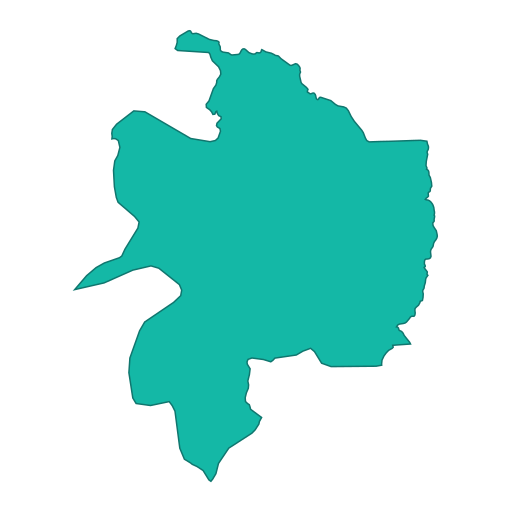 the Province of Razavi Khorasan
{"feature_id": "IRN-3245", "entity_name": "Razavi Khorasan", "entity_type": "Province", "adm_level": 1, "iso_a3": "IRN", "parent_name": "Iran", "parent_adm1": "", "projection": "albers", "projection_center": [59.461, 35.325], "detail": "fine", "context": "isolated", "style": "filled", "palette": "teal", "viewbox_px": 512, "rotation_deg": 0, "n_neighbors": 0, "source": "natural_earth", "source_scale": "10m", "svg_char_len": 4949}
<svg xmlns="http://www.w3.org/2000/svg" viewBox="0 0 512 512"><path d="M188.3,30.9L188.6,31.0L189.7,30.7L190.3,30.9L190.8,31.4L191.4,32.7L191.8,33.2L192.8,33.7L193.9,33.6L195.1,33.4L196.2,33.3L198.6,34.0L209.3,39.4L213.9,40.5L216.2,40.7L217.3,41.0L218.5,41.6L219.0,42.2L219.0,42.8L218.8,43.4L218.9,44.1L219.9,46.1L220.2,46.8L220.3,48.4L220.3,49.6L220.6,50.6L221.8,51.6L223.0,52.1L228.4,52.9L229.2,53.4L231.0,54.7L232.0,55.0L238.3,54.4L239.5,53.8L240.4,52.4L241.1,50.9L241.9,49.7L243.0,48.9L244.4,48.9L245.5,49.5L248.9,52.6L251.9,53.8L253.5,54.1L255.0,53.9L255.6,53.6L256.1,53.0L256.6,52.6L257.4,52.6L258.8,52.9L259.5,52.9L260.3,52.6L261.2,51.5L261.4,50.2L261.8,49.6L265.9,51.9L271.3,53.2L274.0,54.5L275.0,55.2L275.9,55.5L277.9,55.8L278.6,56.2L280.9,58.6L290.1,65.3L291.6,65.4L295.5,63.7L297.1,64.1L298.5,65.4L299.8,67.3L300.1,68.4L299.9,70.4L300.3,71.3L300.5,72.1L300.2,72.8L299.8,73.7L299.6,74.7L299.7,76.5L301.1,82.5L301.9,83.7L306.3,87.3L307.6,88.8L308.0,89.4L307.9,89.8L307.6,90.1L307.5,90.4L307.5,90.9L307.3,91.7L307.5,92.3L308.6,92.6L309.0,93.1L309.6,93.5L310.2,93.8L310.8,93.8L313.0,93.0L314.0,93.1L315.2,94.4L315.7,95.8L316.0,97.4L316.5,98.9L317.4,99.6L318.1,99.5L318.6,98.9L319.4,97.6L320.0,97.3L320.8,97.3L330.8,100.6L335.4,104.4L338.0,105.9L343.7,106.9L346.3,108.1L348.4,110.8L351.1,116.4L354.3,121.3L361.8,130.3L363.3,132.7L365.4,138.1L366.8,140.6L369.2,141.9L380.3,141.5L390.1,141.3L405.1,140.8L413.4,140.5L420.5,140.3L424.0,140.8L426.9,141.2L427.5,144.1L428.1,145.5L428.4,146.3L428.5,147.4L428.4,148.4L428.2,149.4L427.8,150.3L427.4,150.9L427.1,151.9L427.2,152.9L427.7,154.2L426.3,161.3L426.0,165.6L427.0,168.1L426.8,168.4L426.7,168.7L426.5,169.3L427.2,169.6L427.8,170.0L428.2,170.5L428.5,171.0L428.8,171.9L428.9,172.8L429.0,174.9L429.3,175.7L430.3,177.4L431.5,182.8L431.7,185.5L431.8,185.9L431.7,186.4L431.0,187.4L430.6,188.0L430.4,188.8L430.3,189.7L430.3,190.5L430.0,191.4L429.4,191.9L428.8,192.1L428.3,192.6L428.2,193.6L428.4,195.4L428.4,196.2L427.6,197.1L426.1,198.3L425.3,199.4L426.3,199.8L428.1,200.1L429.5,200.8L430.8,201.9L431.9,203.3L432.7,204.5L433.3,206.0L433.8,207.5L434.2,210.6L434.5,211.9L434.5,213.3L434.1,215.3L434.6,215.9L434.6,216.8L434.2,218.9L434.1,219.4L434.2,220.9L434.0,221.5L433.1,222.5L432.8,223.0L433.0,225.4L434.0,227.3L435.8,230.0L436.3,230.8L437.1,234.4L437.3,236.1L436.9,237.9L436.0,239.6L434.4,241.7L433.6,243.4L433.1,246.1L432.7,247.0L431.2,249.1L430.8,250.0L430.5,251.8L431.0,256.3L430.4,257.9L429.1,258.7L427.4,259.0L425.8,259.1L424.8,259.9L424.4,261.8L424.4,263.7L424.5,264.5L424.9,264.9L425.2,265.7L425.2,266.6L424.5,267.0L424.1,267.4L424.5,268.2L427.1,271.6L427.3,272.0L427.2,273.0L427.0,273.8L427.1,274.5L427.9,275.3L426.2,277.7L425.7,279.0L425.3,282.6L424.3,285.9L424.1,287.6L423.9,288.5L422.9,290.1L422.7,291.2L422.8,292.1L423.2,293.7L423.2,294.5L423.0,297.6L422.4,300.5L420.2,301.3L419.9,302.7L418.5,305.2L416.3,307.1L415.0,308.6L414.9,310.7L415.2,312.9L414.9,315.0L414.2,316.1L413.4,316.3L412.4,316.2L411.4,316.4L410.5,317.0L410.0,317.5L409.7,318.2L406.5,322.0L405.1,323.0L403.3,323.5L399.3,324.1L397.6,325.1L396.5,326.9L397.3,327.0L397.9,327.4L398.4,328.0L399.0,330.0L399.7,330.6L401.5,331.4L402.3,332.2L403.1,333.2L404.2,335.5L409.7,342.4L410.5,344.0L405.1,344.4L397.8,344.9L392.7,345.3L393.2,347.2L392.1,348.4L388.7,350.3L386.2,352.9L384.0,355.9L382.0,360.1L381.6,364.0L381.7,365.2L376.1,366.2L331.1,366.6L321.6,363.2L314.5,351.6L310.6,348.3L303.0,351.1L296.3,355.0L274.9,358.1L272.8,360.4L270.8,361.8L263.4,359.5L251.9,358.0L248.0,359.4L247.0,361.9L247.3,364.2L250.1,368.8L249.4,374.6L247.8,381.0L248.6,384.9L248.3,388.3L246.4,392.8L245.2,397.7L245.5,401.5L247.5,403.5L249.3,404.7L250.0,406.8L250.6,409.3L261.6,417.5L259.4,421.5L258.9,424.0L255.2,429.8L252.0,433.1L228.8,448.1L218.5,463.4L215.9,473.7L212.7,479.1L210.9,481.3L208.9,479.9L203.1,470.5L197.0,466.5L192.2,464.3L190.5,462.9L184.4,459.2L179.8,448.2L175.0,411.2L172.2,405.6L169.2,401.6L150.5,405.5L136.1,403.5L132.8,398.0L128.9,372.7L129.9,358.0L139.6,330.8L144.7,322.0L173.6,302.4L180.7,295.7L181.7,290.1L179.4,284.6L158.8,268.2L151.0,265.9L132.9,270.1L104.1,282.9L74.7,289.6L86.6,275.7L96.1,267.6L104.3,263.0L119.5,257.7L121.8,256.0L125.0,249.1L137.9,228.1L139.1,222.0L134.6,216.5L118.1,202.3L116.3,197.4L114.4,186.8L113.5,170.3L114.8,160.9L117.8,155.5L119.9,147.4L118.3,140.5L115.5,138.7L113.3,138.6L111.9,138.9L112.2,136.5L111.8,133.4L112.4,129.5L116.6,124.2L133.8,110.9L144.9,111.8L190.7,138.5L210.1,141.7L215.4,140.5L218.1,138.0L220.5,131.2L219.9,128.5L217.4,127.0L216.5,125.6L217.0,123.2L221.2,118.8L221.0,116.7L218.7,115.6L217.3,113.4L216.8,111.2L215.9,111.6L214.8,114.2L212.9,114.4L211.7,112.0L209.8,109.8L206.4,107.4L206.2,104.3L209.0,100.9L213.4,88.6L215.9,85.1L216.7,82.5L216.7,80.8L217.4,79.3L219.3,77.0L220.8,74.2L220.5,70.7L218.6,66.8L212.4,60.8L210.8,57.2L210.0,54.2L208.7,52.5L177.7,50.5L175.1,48.6L176.3,45.6L177.2,42.4L177.2,38.6L179.9,35.9L188.3,30.9Z" fill="#14b8a6" stroke="#0f766e" stroke-width="1.5"/></svg>